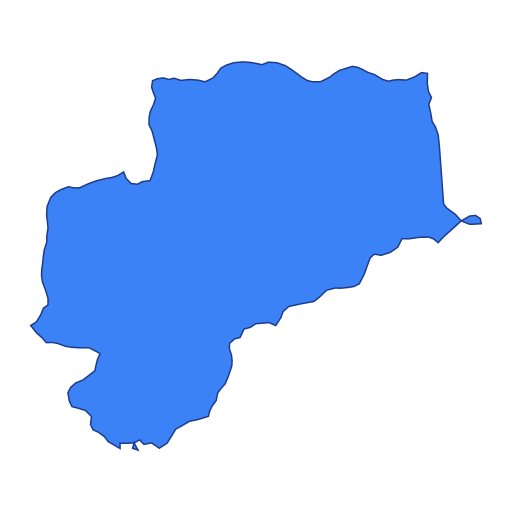 outline of Tabatinga, São Paulo, Brazil
{"feature_id": "56859067B81349085516889", "entity_name": "Tabatinga", "entity_type": "district", "adm_level": 2, "iso_a3": "BRA", "parent_name": "Brazil", "parent_adm1": "São Paulo", "projection": "albers", "projection_center": [-48.634, -21.727], "detail": "fine", "context": "isolated", "style": "filled", "palette": "blue", "viewbox_px": 512, "rotation_deg": 0, "n_neighbors": 0, "source": "geoboundaries", "source_scale": "gbopen_adm2", "svg_char_len": 2578}
<svg xmlns="http://www.w3.org/2000/svg" viewBox="0 0 512 512"><path d="M134.1,442.9L139.6,439.9L144.0,444.4L151.5,442.9L159.3,448.2L167.1,443.1L172.0,435.3L175.7,429.2L182.6,425.3L189.5,421.3L196.4,419.9L202.1,418.3L208.4,416.3L209.6,411.3L212.0,406.2L216.2,400.6L217.7,392.9L221.1,388.3L225.2,383.8L228.1,376.9L231.8,366.0L232.1,360.4L231.5,355.3L229.4,348.6L229.6,343.3L234.8,338.8L240.1,337.5L244.0,329.0L250.2,327.4L255.8,323.7L263.1,323.1L269.1,322.6L275.7,325.6L280.9,317.6L283.0,311.7L288.7,306.5L300.4,303.9L306.6,302.8L313.9,301.5L319.0,297.5L326.8,290.1L335.4,288.0L340.8,288.2L348.6,287.4L353.9,286.5L359.3,283.8L362.0,278.5L364.3,274.0L366.3,268.5L368.4,262.6L370.2,257.8L374.4,254.1L381.1,255.3L390.2,252.4L397.8,247.1L402.0,238.7L409.0,238.8L419.4,237.3L429.0,237.1L433.9,239.1L438.1,242.7L443.6,236.8L456.3,225.4L461.2,220.9L455.5,214.5L446.7,208.0L443.6,203.9L439.4,146.4L438.2,135.0L435.6,127.2L432.1,121.4L430.8,113.4L428.8,104.2L431.5,97.6L428.5,91.6L427.3,83.7L427.5,73.4L421.5,72.6L414.6,76.9L406.4,80.1L398.4,79.6L393.2,80.1L388.3,81.2L382.5,79.4L374.5,74.6L367.9,72.4L362.0,69.2L357.1,67.2L352.4,66.4L339.7,70.3L334.2,73.7L329.5,77.3L320.6,81.7L312.4,81.8L307.1,80.4L301.2,76.8L297.2,73.7L291.3,69.5L285.3,65.6L276.8,62.7L268.3,62.2L261.9,64.7L257.2,63.6L250.2,62.4L242.4,61.9L233.8,62.7L226.6,65.0L220.8,68.1L217.2,73.3L212.8,78.1L205.0,81.8L197.9,80.1L189.8,79.5L180.8,80.4L174.0,78.2L169.0,79.5L163.4,77.9L157.4,78.7L152.6,80.7L151.6,87.1L153.2,92.1L155.6,98.1L153.4,104.9L150.3,111.5L149.1,117.6L149.0,124.7L152.1,131.1L154.1,138.8L156.3,147.2L157.4,154.7L155.0,164.3L153.3,171.9L150.1,180.6L142.0,181.7L137.7,184.2L131.2,183.6L126.2,178.5L123.6,171.9L117.9,175.5L111.8,177.5L105.2,178.6L96.3,180.8L88.0,183.9L79.7,187.8L74.0,187.9L68.5,186.7L60.9,189.6L55.5,192.6L50.8,197.3L47.1,206.4L46.6,215.3L47.5,222.3L48.0,228.1L46.8,236.0L46.8,242.1L44.3,249.7L43.1,258.1L42.6,263.9L41.8,269.0L41.5,275.4L42.5,282.1L45.4,289.7L48.0,298.3L48.0,304.8L43.4,308.2L40.7,314.9L36.4,321.9L30.7,325.5L36.7,333.0L42.6,338.3L46.2,342.6L52.5,342.5L57.5,343.4L66.0,346.4L71.7,347.3L79.8,347.8L89.1,347.8L100.1,353.5L97.4,359.6L96.1,364.9L94.8,370.8L82.9,380.0L75.6,383.0L70.7,387.3L67.9,392.8L69.4,401.3L72.0,406.6L78.5,408.3L85.5,410.5L91.5,416.6L90.5,424.5L93.1,429.8L98.5,432.3L104.5,436.7L108.1,441.5L114.4,445.2L120.1,448.5L120.0,443.2L125.8,443.3L134.1,442.9ZM461.2,220.9L469.8,224.3L475.5,224.1L481.3,223.7L480.2,218.6L475.5,215.4L469.5,216.1L461.2,220.9ZM134.1,442.9L132.6,448.3L138.0,450.1L134.1,442.9Z" fill="#3b82f6" stroke="#1e3a8a" stroke-width="1.5"/></svg>